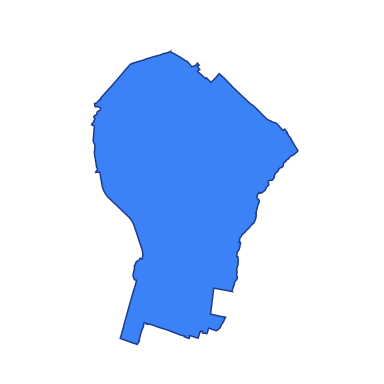 Dimacheni, Botosani, Romania (Albers equal-area conic projection), rotated 252°
{"feature_id": "2599482B21601290195864", "entity_name": "Dimacheni", "entity_type": "district", "adm_level": 2, "iso_a3": "ROU", "parent_name": "Romania", "parent_adm1": "Botosani", "projection": "albers", "projection_center": [26.55, 47.903], "detail": "fine", "context": "isolated", "style": "filled", "palette": "blue", "viewbox_px": 384, "rotation_deg": 252, "n_neighbors": 0, "source": "geoboundaries", "source_scale": "gbopen_adm2", "svg_char_len": 6056}
<svg xmlns="http://www.w3.org/2000/svg" viewBox="0 0 384 384"><g transform="rotate(252 192 192)"><path d="M290.8,257.6L296.2,254.4L295.1,252.7L292.4,248.1L290.4,243.9L296.0,241.1L295.5,240.2L305.1,234.4L306.1,237.3L309.7,235.8L310.4,238.0L312.9,236.9L312.0,235.7L311.7,235.2L311.4,234.4L311.2,233.7L311.3,232.2L311.1,230.6L317.3,228.0L320.4,225.1L322.7,223.4L327.2,219.5L331.7,215.2L332.1,214.9L332.3,215.0L332.2,214.8L332.1,213.2L332.1,210.3L332.2,209.4L332.4,208.6L332.4,207.1L332.3,205.6L332.1,204.7L332.1,204.0L332.2,202.7L332.5,198.7L332.5,197.2L332.6,193.9L332.6,191.6L332.7,190.4L332.7,189.1L332.5,186.7L332.6,182.9L332.7,179.6L332.8,174.9L332.5,172.8L332.3,172.3L331.9,171.7L330.9,170.2L329.9,168.3L329.6,167.6L329.0,166.8L322.5,156.4L319.5,151.3L317.5,148.1L316.2,145.7L315.6,144.5L314.2,142.2L313.6,140.9L313.5,140.7L313.3,140.6L313.0,140.2L311.9,138.2L311.1,136.9L309.7,134.4L309.4,134.1L308.3,134.1L308.4,133.2L308.3,132.7L308.2,132.4L306.1,128.6L306.0,128.3L306.1,127.8L306.4,126.7L303.8,126.2L303.4,126.2L303.0,126.4L302.8,126.6L302.6,127.0L302.5,128.4L302.0,129.1L301.4,129.8L300.6,130.6L300.1,131.0L299.6,131.0L299.3,130.8L298.5,130.0L298.2,129.5L298.1,128.8L297.9,127.6L297.7,127.2L297.5,126.8L297.4,126.6L296.4,125.9L296.0,125.8L295.7,125.6L295.0,125.0L295.0,124.7L294.9,123.6L294.6,122.9L294.4,122.7L294.2,122.1L294.0,121.9L293.4,121.7L293.1,121.8L292.6,122.3L292.3,122.4L291.8,122.3L291.2,122.0L290.9,121.8L290.4,121.0L290.1,120.7L289.6,120.6L288.9,119.8L288.3,118.9L287.6,117.6L287.3,117.4L286.6,117.6L286.3,117.8L286.0,118.1L285.8,118.7L285.6,119.0L285.1,119.3L284.5,119.4L284.1,119.3L281.9,118.3L281.3,117.9L280.2,117.5L276.3,115.9L274.5,115.2L273.6,114.8L273.3,114.7L272.4,114.2L271.6,114.1L270.8,113.8L270.3,113.7L269.7,113.8L268.2,114.1L267.5,114.1L266.4,113.9L266.1,114.0L265.6,113.9L265.2,113.8L264.5,113.5L263.3,112.7L262.4,112.7L261.7,112.5L261.1,112.1L260.6,111.6L260.1,111.3L259.2,111.2L258.5,111.2L257.3,110.8L256.5,110.8L255.0,110.5L253.5,110.4L251.9,110.0L251.3,110.0L249.9,109.7L247.7,109.4L247.3,109.4L247.1,109.4L246.9,109.1L246.7,109.0L245.7,109.0L244.5,109.0L243.5,109.3L242.6,108.9L242.2,108.6L241.6,108.0L241.2,107.3L240.7,106.4L240.4,106.3L239.4,110.5L230.2,109.1L228.9,108.9L224.3,108.3L220.8,108.4L216.7,109.2L215.2,109.7L213.5,110.3L209.7,112.3L188.6,123.7L186.2,124.8L184.2,125.5L181.8,126.1L179.1,126.5L178.0,126.6L174.5,126.5L172.6,126.6L154.1,126.7L151.2,126.6L148.8,126.2L147.3,125.7L145.8,125.1L143.7,123.9L144.3,122.9L145.0,122.3L144.2,121.4L144.0,121.2L143.4,120.0L143.3,118.6L143.0,118.0L142.7,117.2L142.2,116.7L141.6,116.5L140.9,115.8L140.3,115.5L140.0,115.3L140.0,115.0L139.9,114.5L139.3,114.4L138.3,114.0L136.9,113.5L135.4,112.7L132.3,110.8L131.3,110.3L129.6,110.0L128.9,110.0L127.2,110.1L126.6,110.2L126.0,110.6L125.1,112.0L119.7,108.5L116.9,106.4L106.3,99.2L87.7,86.9L85.2,85.4L74.9,78.5L66.3,89.6L63.9,92.9L64.9,93.7L65.4,94.6L66.5,95.7L66.8,96.1L67.2,95.7L73.3,99.6L76.7,102.1L77.4,102.6L77.6,102.8L77.6,103.0L78.8,104.1L79.4,104.5L81.2,105.2L81.6,105.4L82.5,106.1L80.8,108.4L80.4,108.0L79.0,111.5L78.2,112.7L73.2,119.1L69.6,124.3L67.3,127.3L62.1,133.7L60.0,136.2L58.9,137.8L58.1,139.2L57.0,140.7L56.6,140.1L53.7,143.7L53.8,143.9L53.9,144.3L54.1,144.5L54.8,144.9L55.6,145.0L56.0,145.2L56.3,145.5L51.8,151.4L51.2,152.7L52.6,153.7L54.2,154.8L56.1,155.9L56.3,156.1L56.4,156.3L56.4,156.5L56.2,156.8L57.0,157.3L56.1,159.1L54.7,158.4L52.7,162.5L54.6,163.9L57.4,165.7L53.5,171.0L53.0,171.5L52.7,172.0L52.6,172.9L53.0,174.1L53.2,174.6L54.1,176.6L54.9,177.4L55.5,177.8L56.6,178.9L57.2,179.6L58.2,181.0L59.3,182.3L61.1,183.6L62.0,184.9L62.2,185.2L62.3,185.2L62.5,185.2L62.8,184.9L63.1,184.3L63.8,182.9L64.7,181.0L68.0,175.6L70.2,171.7L70.6,172.1L71.2,172.4L77.3,175.3L81.5,177.2L91.9,182.1L93.9,182.9L91.1,188.1L84.9,199.5L85.2,199.4L85.7,199.6L88.7,201.8L89.7,202.6L90.9,203.6L91.7,204.1L92.4,204.4L93.1,204.9L94.1,205.9L94.7,207.3L95.1,207.7L96.4,208.7L97.9,208.9L99.0,208.8L99.6,208.9L100.2,209.1L101.1,209.7L102.3,210.3L102.9,210.2L104.2,210.5L106.5,211.7L109.0,213.5L110.4,214.0L111.7,214.6L113.5,215.0L115.9,215.7L116.3,215.6L116.6,215.4L116.9,214.6L117.6,214.8L118.1,215.1L120.4,216.2L121.1,216.8L122.4,218.7L123.2,219.3L125.0,220.5L127.5,221.8L128.1,222.2L128.6,222.5L128.9,222.5L129.2,222.4L129.4,222.1L129.7,221.1L130.1,221.7L130.6,222.0L132.5,222.7L133.1,223.1L134.2,224.6L135.9,226.5L136.2,226.9L136.2,227.2L136.6,228.1L137.0,229.2L138.4,231.5L139.0,232.6L140.2,235.3L141.8,237.4L142.6,239.2L142.9,239.8L143.3,240.4L143.0,240.8L143.8,241.6L145.4,243.1L146.0,243.4L146.8,244.3L147.2,244.6L147.6,244.5L148.1,244.7L148.5,245.3L150.8,246.2L151.5,246.3L151.8,246.3L152.0,246.0L152.3,246.1L152.7,246.7L153.0,246.9L153.8,247.3L155.7,248.5L159.4,250.8L160.5,251.6L161.2,252.5L162.2,253.1L163.1,253.3L164.1,253.2L165.7,252.1L166.3,252.0L166.8,252.0L167.5,252.4L168.1,253.0L168.9,253.5L169.6,253.8L170.1,254.3L170.4,254.8L170.2,255.6L169.8,256.0L169.7,256.4L169.8,256.5L170.4,256.3L170.5,256.4L170.1,256.9L169.6,257.9L169.6,258.4L170.5,260.4L170.8,261.5L171.4,262.5L173.6,264.4L174.2,265.7L175.0,267.2L176.0,267.4L177.1,267.6L178.0,267.3L178.6,267.4L179.0,268.0L178.7,270.5L178.5,271.6L178.8,272.7L179.7,273.9L180.7,274.9L183.0,276.1L183.8,276.9L185.3,280.1L185.8,280.7L187.2,282.0L187.6,282.9L187.6,283.8L187.6,284.6L187.9,285.1L187.9,286.0L188.3,286.5L191.0,288.0L191.6,288.9L191.9,289.9L192.0,290.2L192.1,290.7L192.8,291.1L193.2,291.8L193.2,292.2L193.4,292.9L193.6,293.5L194.0,294.6L194.7,295.3L195.1,295.9L195.4,297.0L195.8,299.3L196.2,300.6L197.5,304.0L198.3,305.3L198.8,305.5L201.1,304.9L204.1,304.1L209.0,303.1L213.6,302.3L214.5,301.6L215.0,301.4L216.6,301.2L218.8,300.5L218.9,301.0L221.0,300.4L223.2,299.5L223.1,299.0L222.6,298.0L222.7,297.6L222.9,297.4L223.2,297.2L230.8,293.8L231.5,293.3L232.2,292.6L233.4,290.5L234.0,289.8L235.4,288.7L236.8,287.0L238.1,285.8L241.1,284.2L251.2,279.2L255.4,276.8L257.2,275.3L258.2,274.8L258.8,274.3L272.8,266.6L273.6,266.2L274.6,265.6L276.9,264.5L279.7,262.8L280.3,262.7L281.6,262.1L290.8,257.6Z" fill="#3b82f6" stroke="#1e3a8a" stroke-width="1.5"/></g></svg>